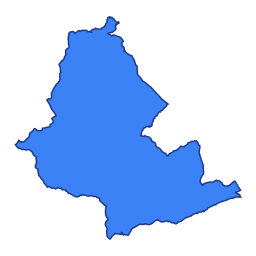 outline of Vintila Voda, Buzau, Romania
{"feature_id": "2599482B97538487419243", "entity_name": "Vintila Voda", "entity_type": "district", "adm_level": 2, "iso_a3": "ROU", "parent_name": "Romania", "parent_adm1": "Buzau", "projection": "albers", "projection_center": [26.732, 45.463], "detail": "fine", "context": "isolated", "style": "filled", "palette": "blue", "viewbox_px": 256, "rotation_deg": 0, "n_neighbors": 0, "source": "geoboundaries", "source_scale": "gbopen_adm2", "svg_char_len": 5809}
<svg xmlns="http://www.w3.org/2000/svg" viewBox="0 0 256 256"><path d="M240.6,197.0L240.1,196.4L239.7,194.7L236.5,193.3L235.8,192.6L234.8,192.4L237.8,191.7L240.6,190.2L238.5,187.2L235.1,181.3L234.2,181.2L231.9,183.1L229.8,185.3L229.3,185.2L227.9,186.0L224.8,186.0L222.8,184.7L222.1,183.1L219.5,181.0L216.1,180.2L213.1,182.2L210.9,182.0L208.3,182.3L204.7,183.4L203.5,184.1L203.4,184.8L203.0,185.4L201.5,184.5L201.8,184.1L201.5,183.6L200.2,182.2L200.4,181.2L200.2,180.2L200.4,179.2L202.0,175.9L203.5,173.9L203.6,172.0L203.1,167.3L203.5,166.3L200.1,156.0L199.7,155.2L199.9,154.4L199.1,153.4L199.4,152.1L199.1,151.3L199.5,149.9L199.9,147.1L199.7,145.3L198.4,144.8L198.1,143.0L197.4,142.4L197.1,141.6L196.5,141.4L196.1,140.7L194.6,140.8L193.7,141.5L191.8,141.3L190.3,142.2L188.3,142.8L187.8,143.1L187.6,144.2L184.1,146.6L182.1,146.5L180.9,146.1L179.6,147.4L178.5,148.9L177.6,149.2L176.6,150.3L173.6,150.9L172.5,152.3L170.7,153.0L168.9,154.2L168.5,155.3L166.9,155.8L166.3,154.4L165.4,153.4L162.6,151.9L159.6,148.4L158.7,147.8L157.7,147.9L156.5,146.4L155.8,146.0L155.7,144.4L155.4,143.4L154.7,142.6L153.7,142.3L153.0,141.5L151.7,141.4L151.5,139.6L149.2,137.2L145.6,136.2L144.8,135.6L144.2,136.3L140.6,135.8L141.3,134.3L141.7,131.7L142.9,129.9L143.3,128.9L145.1,127.4L146.7,126.6L148.0,126.7L148.4,126.3L148.9,126.3L149.2,127.1L150.0,126.9L150.1,126.0L151.6,126.3L152.1,124.8L152.1,122.8L153.3,121.1L153.3,119.2L154.6,118.5L154.9,116.9L156.9,115.8L157.7,114.5L158.4,112.7L159.4,111.9L160.6,112.0L161.1,110.7L161.8,110.2L162.7,110.1L163.8,108.5L166.4,106.3L166.7,105.6L166.9,104.3L168.0,104.0L161.8,99.1L150.7,87.0L148.6,85.5L147.9,84.7L147.4,84.6L146.0,83.1L143.0,81.1L142.6,81.2L141.9,79.9L141.8,79.3L137.9,74.9L137.3,73.5L137.4,70.5L137.1,69.0L137.2,66.3L135.5,64.5L134.3,60.2L132.7,57.8L132.0,55.9L131.4,55.5L130.3,55.5L126.5,52.9L125.8,52.3L124.8,50.6L124.1,51.1L124.2,48.3L123.9,47.2L123.5,46.7L122.0,46.0L121.8,45.6L122.2,44.5L121.6,42.8L123.2,41.5L123.3,41.0L121.2,38.1L119.8,37.1L113.6,34.9L113.0,35.0L112.5,35.8L111.9,35.9L110.2,34.8L109.1,34.6L108.3,34.1L107.9,33.4L112.6,32.1L115.7,29.6L116.0,28.2L115.4,27.2L115.6,26.5L115.4,26.1L116.1,25.5L115.9,24.8L119.0,23.0L118.8,22.3L118.3,21.9L117.9,21.9L117.3,23.0L116.6,22.8L115.1,20.6L114.3,20.1L113.8,18.8L113.0,18.8L112.2,17.6L111.3,17.9L110.9,17.2L109.7,17.9L109.5,16.9L107.9,17.5L107.7,18.8L106.9,20.1L107.1,20.8L106.7,21.6L107.1,21.9L107.1,22.4L106.5,23.3L105.5,24.1L105.4,24.9L104.9,26.0L104.2,26.9L103.0,27.3L101.8,28.1L101.5,29.2L96.6,28.9L95.6,28.2L93.9,29.4L91.4,30.1L90.7,31.7L91.1,32.2L90.0,32.0L89.4,31.5L88.2,31.8L86.9,30.8L86.7,30.4L85.6,30.3L81.8,30.4L80.1,31.3L79.3,30.6L78.7,30.6L75.0,33.4L74.7,33.1L74.8,32.6L72.8,31.5L70.9,32.0L70.4,31.9L69.3,32.6L68.9,33.4L68.9,35.1L68.3,36.6L68.4,37.9L68.1,39.3L68.6,41.5L68.4,44.0L69.2,46.1L69.1,46.7L68.4,47.9L66.4,49.5L65.6,50.9L65.7,53.8L66.0,54.4L64.3,57.3L64.4,58.2L62.8,60.4L61.4,61.0L60.8,62.3L59.4,63.7L59.1,64.8L60.4,67.7L60.5,71.5L60.9,72.6L59.9,73.5L59.7,76.8L60.1,79.1L59.7,79.8L59.3,81.4L58.4,81.8L57.8,83.1L56.4,84.3L53.6,88.7L51.9,92.6L51.4,93.2L51.6,97.2L51.1,98.3L50.3,99.1L48.4,98.8L46.8,100.1L49.5,104.1L49.6,104.7L50.6,106.2L50.7,107.3L51.5,108.6L51.7,109.4L52.6,110.2L53.4,111.6L54.0,112.1L55.9,115.5L55.7,116.3L53.6,117.1L51.7,118.5L53.0,120.3L53.4,122.0L52.0,123.5L50.3,124.5L49.9,126.7L47.7,127.3L45.9,127.4L44.9,128.2L42.8,128.0L42.3,128.8L42.3,129.9L41.6,130.6L37.6,130.6L35.2,128.7L34.7,128.6L33.6,129.4L32.9,131.0L32.2,131.2L31.6,132.1L30.2,132.6L29.4,134.6L29.4,136.3L28.8,137.2L26.1,139.4L24.5,141.4L23.3,141.9L20.4,141.9L19.5,141.2L19.3,140.7L18.6,140.3L18.0,142.0L17.2,142.8L17.0,143.6L15.4,144.6L16.8,146.7L18.8,148.5L21.0,148.7L21.9,149.6L24.2,149.4L25.6,150.0L29.1,149.6L30.2,150.2L32.6,152.6L33.0,154.1L34.0,155.5L36.1,156.9L36.3,157.4L36.0,159.0L36.4,160.0L36.4,161.7L36.6,162.7L36.3,163.1L36.0,164.9L35.7,164.9L35.4,165.4L35.4,167.4L36.3,168.3L37.3,168.7L37.7,169.4L38.8,175.7L39.6,176.1L41.0,178.4L43.5,181.1L43.8,182.7L46.5,185.8L47.3,187.2L48.6,186.7L49.3,186.7L51.9,188.3L53.3,187.8L55.6,188.9L57.3,188.1L57.8,187.6L60.3,188.5L61.1,188.2L62.4,189.8L64.7,189.8L65.9,190.4L66.0,191.2L66.9,191.3L68.5,193.4L70.0,193.5L73.4,195.4L74.6,196.5L77.6,196.9L79.6,196.0L80.0,195.3L81.3,195.0L81.4,195.4L83.2,194.6L84.2,195.2L85.1,194.8L86.8,195.9L88.7,196.1L92.3,195.7L93.9,196.6L95.6,196.4L97.8,197.9L99.5,198.2L99.7,198.7L99.6,199.4L99.9,200.3L99.8,200.9L101.5,202.2L102.4,203.2L103.4,203.8L104.1,204.9L105.0,205.2L106.4,206.5L105.9,207.7L105.9,208.9L105.5,210.0L105.5,214.0L105.9,214.2L105.8,215.0L106.5,216.8L108.1,219.2L107.9,219.8L107.0,220.4L105.7,222.1L105.7,223.2L105.4,223.5L105.3,224.8L105.6,225.8L106.8,227.7L107.2,228.8L106.6,231.6L107.2,236.6L109.9,239.1L111.3,237.7L112.2,235.9L113.0,235.7L113.4,235.1L114.6,234.2L114.7,233.5L121.4,234.4L121.4,232.5L121.7,232.3L122.1,232.7L122.0,233.4L122.4,233.8L122.3,234.1L123.0,234.6L122.9,234.1L123.1,234.0L124.1,234.5L128.1,235.2L128.7,234.7L129.9,232.2L130.7,231.4L131.3,229.5L132.8,228.1L133.3,227.9L133.7,227.4L135.4,226.9L139.5,224.3L144.4,224.4L144.6,223.8L145.0,223.6L147.7,224.6L149.8,224.5L151.2,223.5L151.4,223.8L152.8,222.9L155.2,220.7L157.7,219.5L157.9,219.5L158.0,220.4L159.3,220.7L161.4,222.0L163.7,221.8L166.6,220.9L167.3,221.0L168.4,221.8L169.6,221.2L171.6,222.7L173.8,222.9L175.9,223.9L177.3,223.2L177.3,222.5L177.5,222.3L181.0,221.4L184.6,218.4L185.0,218.4L186.4,217.4L189.4,216.6L189.9,216.1L191.4,215.9L192.6,214.6L193.8,213.9L195.5,213.5L196.0,213.1L196.6,213.1L197.1,213.5L198.3,212.7L198.4,212.2L201.4,212.0L203.1,210.5L203.9,211.6L205.9,209.9L206.9,209.5L208.1,207.9L214.7,204.7L215.7,204.8L215.7,204.5L217.0,203.6L220.5,202.0L227.0,199.9L230.9,198.2L233.1,198.2L235.1,197.2L237.0,196.9L238.5,196.9L239.2,197.2L239.6,196.9L240.6,197.0Z" fill="#3b82f6" stroke="#1e3a8a" stroke-width="1.5"/></svg>